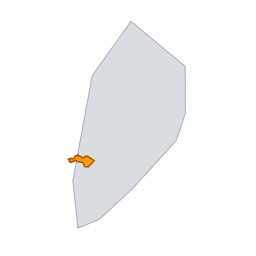 La Sorciere, Dennery, Saint Lucia shown in context, rotated 188°
{"feature_id": "8701671B33968538338102", "entity_name": "La Sorciere", "entity_type": "district", "adm_level": 2, "iso_a3": "LCA", "parent_name": "Saint Lucia", "parent_adm1": "Dennery", "projection": "albers", "projection_center": [-60.886, 13.974], "detail": "fine", "context": "in_parent", "style": "filled", "palette": "amber", "viewbox_px": 256, "rotation_deg": 188, "n_neighbors": 0, "source": "geoboundaries", "source_scale": "gbopen_adm2", "svg_char_len": 2392}
<svg xmlns="http://www.w3.org/2000/svg" viewBox="0 0 256 256"><g transform="rotate(188 128 128)"><path d="M170.7,175.1L139.9,234.0L80.0,197.0L73.2,150.5L78.5,122.3L115.1,68.5L143.7,33.5L163.7,22.0L175.3,68.4L170.7,175.1Z" fill="#d9dde1" stroke="#a8b0b8" stroke-width="1"/><path d="M161.8,84.0L161.7,84.2L157.0,90.9L157.7,91.2L158.3,91.6L158.6,91.8L158.8,91.9L159.1,92.1L159.3,92.1L159.5,92.1L159.7,92.3L159.9,92.4L160.1,92.4L160.3,92.4L160.3,92.5L160.6,92.6L160.7,92.8L160.9,92.9L161.0,93.1L161.3,93.2L161.7,93.3L162.0,93.3L162.4,93.4L162.6,93.7L162.7,93.8L162.8,93.9L163.1,94.0L163.6,94.2L163.8,94.3L164.0,94.3L164.2,94.5L164.3,94.5L164.5,94.4L164.6,94.2L164.8,94.1L165.0,94.1L165.4,94.0L165.5,94.0L165.8,94.2L166.0,94.2L166.3,94.1L166.5,94.0L166.7,93.9L166.8,93.8L166.9,93.7L167.0,93.2L167.1,92.9L167.2,92.7L167.3,92.6L167.5,92.5L167.8,92.5L168.0,92.4L168.6,92.2L168.8,92.1L169.2,92.1L169.3,92.1L169.5,92.3L169.7,92.5L169.9,92.7L170.1,92.7L170.2,92.8L170.3,93.0L170.5,93.2L171.0,93.0L171.1,92.9L171.4,93.0L171.6,93.1L171.7,93.3L171.8,93.4L171.9,93.5L172.2,93.4L172.7,93.3L172.9,93.3L173.1,93.4L173.1,93.6L173.0,93.8L173.1,94.0L173.2,93.9L173.3,93.8L173.4,93.7L173.9,93.7L174.3,93.8L174.5,93.8L174.5,94.1L174.7,93.9L174.8,93.6L175.1,93.5L175.6,93.2L175.8,93.1L176.0,93.1L176.3,93.0L176.6,92.5L176.7,92.4L176.9,92.2L177.0,90.7L177.5,90.4L178.1,90.1L178.3,90.0L178.5,90.0L178.6,89.9L179.2,89.9L179.3,90.0L179.4,89.9L179.6,90.0L179.8,90.0L180.2,89.9L180.3,90.0L180.5,90.0L180.6,89.9L180.8,89.9L180.9,89.7L181.0,89.7L181.3,89.6L181.5,89.4L181.8,89.2L182.0,89.2L182.4,89.2L182.5,89.2L182.8,89.1L182.8,88.9L182.7,88.8L182.7,88.7L182.4,88.6L182.2,88.7L181.9,88.6L181.7,88.5L181.7,88.4L181.8,88.3L181.8,88.2L181.7,88.2L181.6,87.9L181.4,87.9L181.4,87.7L181.4,87.4L181.4,87.2L181.5,87.2L181.5,86.9L181.5,86.7L181.4,86.7L181.2,86.6L180.9,86.4L180.7,86.2L180.4,86.1L180.2,86.1L179.9,86.1L179.7,85.9L179.6,86.0L179.3,86.3L179.2,86.4L179.1,86.5L178.9,86.8L178.7,86.9L178.4,86.9L178.2,86.9L178.0,87.0L177.9,87.0L177.9,86.9L177.7,86.9L177.7,87.0L177.5,87.3L177.3,87.4L177.3,87.5L177.2,87.5L176.9,87.5L176.7,87.9L176.6,88.0L176.3,88.2L176.3,88.3L176.1,88.3L175.9,88.4L175.6,88.5L175.4,88.6L175.2,88.5L175.0,88.4L174.9,88.3L174.7,88.3L174.7,88.2L174.4,88.2L174.2,88.1L173.9,88.1L173.0,87.6L167.6,87.5L167.5,87.4L165.8,83.7L161.8,84.0L161.8,84.0Z" fill="#f59e0b" stroke="#b45309" stroke-width="1.5"/></g></svg>